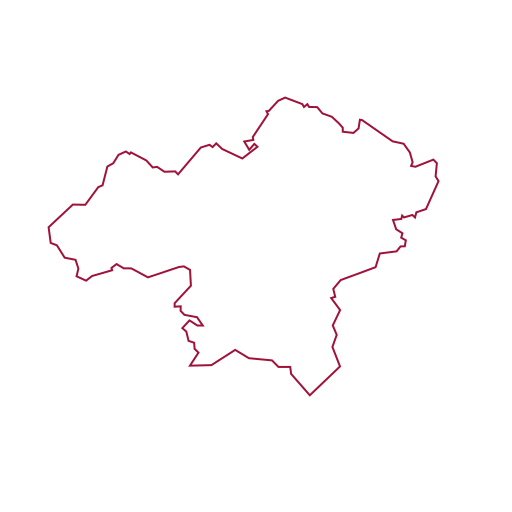 the district of Veles, Veles, North Macedonia, rotated 257°
{"feature_id": "65306769B79358437937603", "entity_name": "Veles", "entity_type": "district", "adm_level": 2, "iso_a3": "MKD", "parent_name": "North Macedonia", "parent_adm1": "Veles", "projection": "equal_earth", "projection_center": [21.761, 41.766], "detail": "fine", "context": "isolated", "style": "outline", "palette": "rose", "viewbox_px": 512, "rotation_deg": 257, "n_neighbors": 0, "source": "geoboundaries", "source_scale": "gbopen_adm2", "svg_char_len": 1679}
<svg xmlns="http://www.w3.org/2000/svg" viewBox="0 0 512 512"><g transform="rotate(257 256 256)"><path d="M330.7,60.4L314.9,58.9L311.2,64.4L297.4,69.2L292.9,79.3L283.7,80.1L276.6,76.6L270.2,84.9L273.4,91.8L274.5,112.6L276.9,112.5L279.5,118.3L273.7,124.4L272.0,131.7L259.5,145.9L262.6,178.4L262.1,183.4L257.3,188.6L241.7,185.9L228.3,166.1L224.9,165.3L223.9,171.3L219.5,170.2L214.8,173.0L209.6,184.8L200.2,188.5L201.4,183.3L208.2,176.7L202.3,168.0L198.0,171.1L188.5,171.2L185.4,176.2L179.3,175.3L174.8,178.2L164.0,167.0L159.7,188.0L169.2,214.6L158.0,226.1L150.7,248.1L142.9,252.9L140.2,264.4L133.2,263.7L108.2,277.1L129.5,313.0L150.2,310.0L161.0,316.9L171.1,315.2L184.4,325.8L198.1,319.8L198.4,324.0L206.6,323.9L213.5,333.1L218.2,370.0L230.6,377.2L228.9,394.0L232.8,399.0L232.0,403.2L237.6,405.5L241.2,401.6L245.2,403.8L250.5,398.6L260.3,397.6L259.4,405.9L262.5,407.5L260.3,408.9L260.8,417.6L257.8,419.6L262.5,422.1L263.5,432.2L287.9,450.7L293.2,448.9L305.7,453.1L310.0,450.5L307.1,431.4L308.9,427.4L312.1,429.7L322.3,429.2L332.2,425.1L337.0,414.9L364.6,389.9L365.4,387.9L357.2,384.6L354.0,378.6L357.6,368.5L361.5,369.4L366.8,366.5L374.6,361.2L380.0,352.8L387.3,349.1L389.3,341.2L392.4,340.2L390.4,336.3L393.6,335.3L403.8,320.0L402.2,312.4L394.5,301.2L394.7,298.8L391.5,299.6L372.6,279.6L369.7,279.5L370.2,270.3L361.0,273.3L365.6,279.6L362.1,282.0L354.1,264.6L367.9,247.1L374.7,242.6L371.9,238.2L374.8,235.7L374.1,226.6L353.1,198.4L356.6,196.3L358.7,185.7L365.1,179.7L365.5,175.3L373.8,170.6L385.1,157.4L383.8,155.8L387.1,152.7L385.5,144.8L378.5,137.8L376.6,131.3L359.4,122.4L358.6,117.8L344.3,101.2L347.3,89.1L330.7,60.4Z" fill="none" stroke="#9f1239" stroke-width="2"/></g></svg>